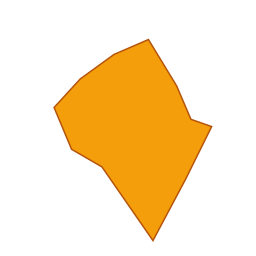 the border of Saint John, rotated 298°
{"feature_id": "GRD-5073", "entity_name": "Saint John", "entity_type": "Parish", "adm_level": 1, "iso_a3": "GRD", "parent_name": "Grenada", "parent_adm1": "", "projection": "orthographic", "projection_center": [-61.707, 12.147], "detail": "fine", "context": "isolated", "style": "filled", "palette": "amber", "viewbox_px": 256, "rotation_deg": 298, "n_neighbors": 0, "source": "natural_earth", "source_scale": "10m", "svg_char_len": 307}
<svg xmlns="http://www.w3.org/2000/svg" viewBox="0 0 256 256"><g transform="rotate(298 128 128)"><path d="M40.3,202.9L81.4,123.3L82.7,88.2L111.4,53.1L148.9,62.8L186.4,81.1L215.7,104.5L188.0,151.2L165.2,179.5L168.5,201.2L109.8,202.9L40.3,202.9Z" fill="#f59e0b" stroke="#b45309" stroke-width="1.5"/></g></svg>